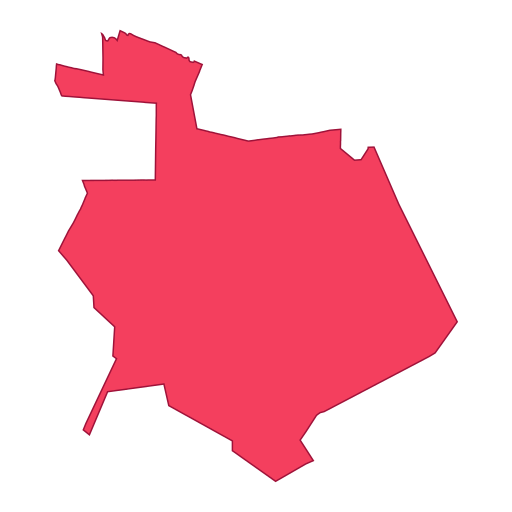 the district of San José del Progreso, Oaxaca, Mexico
{"feature_id": "50627088B45737045838114", "entity_name": "San José del Progreso", "entity_type": "district", "adm_level": 2, "iso_a3": "MEX", "parent_name": "Mexico", "parent_adm1": "Oaxaca", "projection": "natural_earth1", "projection_center": [-96.692, 16.675], "detail": "fine", "context": "isolated", "style": "filled", "palette": "rose", "viewbox_px": 512, "rotation_deg": 0, "n_neighbors": 0, "source": "geoboundaries", "source_scale": "gbopen_adm2", "svg_char_len": 4331}
<svg xmlns="http://www.w3.org/2000/svg" viewBox="0 0 512 512"><path d="M62.1,96.0L62.8,96.0L63.3,96.0L63.8,96.1L64.1,96.1L64.7,96.2L66.1,96.3L68.1,96.4L69.5,96.5L70.7,96.6L74.2,96.9L80.2,97.3L82.0,97.5L84.1,97.7L87.1,97.9L121.2,100.5L142.7,102.1L143.9,102.2L145.0,102.4L156.4,103.2L156.3,104.8L156.3,105.1L156.3,115.9L156.2,118.4L155.9,138.6L155.7,148.8L155.3,180.0L147.8,180.0L147.1,180.1L142.4,180.0L133.9,180.2L121.7,180.2L120.0,180.2L117.9,180.2L116.3,180.3L114.3,180.3L113.8,180.3L112.0,180.2L110.7,180.3L104.1,180.4L96.4,180.4L84.1,180.5L83.8,180.5L82.5,180.5L84.0,184.3L84.6,186.5L85.6,188.7L86.0,189.7L87.1,192.3L87.4,193.3L85.1,198.2L85.1,198.4L82.0,205.9L81.8,206.0L81.4,207.1L81.2,207.3L80.8,208.4L80.5,209.2L79.9,210.1L79.6,210.6L77.6,214.4L77.2,215.1L76.9,215.8L75.0,219.7L74.4,220.9L73.6,222.4L73.1,223.4L72.7,224.0L68.6,230.8L68.3,231.3L68.0,232.0L65.5,237.0L65.1,237.7L58.6,250.7L66.8,260.2L93.3,295.8L94.0,307.6L114.7,326.8L112.9,356.0L116.5,358.7L85.9,423.5L83.3,429.9L89.4,434.8L107.6,391.7L163.9,384.0L168.8,405.6L169.3,405.9L232.4,440.9L232.4,450.7L242.0,457.5L275.6,481.3L305.8,463.9L306.5,463.6L313.3,460.6L300.1,440.1L305.9,431.7L316.5,415.3L318.2,414.0L320.2,412.6L324.1,411.6L429.3,356.4L435.1,352.9L457.2,321.8L398.8,204.3L374.0,147.1L368.2,147.3L368.1,148.8L361.1,159.7L354.5,160.2L340.4,148.5L340.4,146.4L340.5,144.1L340.5,142.7L340.5,141.2L340.6,140.8L340.7,134.6L340.7,133.7L340.8,130.1L340.8,129.3L329.7,130.3L323.6,131.7L322.5,131.9L322.2,132.0L321.4,132.1L319.3,132.6L319.0,132.7L316.3,133.2L312.1,134.0L309.5,134.2L306.1,134.6L304.8,134.7L304.3,134.8L302.7,135.0L301.7,135.0L297.9,135.1L294.8,135.4L294.5,135.5L290.1,136.0L289.6,135.9L287.5,136.2L282.7,136.7L282.4,136.8L278.1,137.0L277.4,137.4L273.4,138.0L271.7,138.2L269.3,138.4L266.5,138.8L263.6,139.1L258.2,139.8L257.7,139.8L254.9,140.3L248.5,141.1L247.0,140.8L245.5,140.4L237.9,138.6L236.1,138.1L234.8,137.7L231.3,136.9L228.4,136.3L225.5,135.5L223.5,135.0L221.8,134.7L219.9,134.3L219.4,134.1L218.2,133.9L217.5,133.7L216.2,133.4L215.6,133.3L213.9,132.8L213.5,132.7L211.8,132.3L211.1,132.2L210.8,132.2L209.5,131.9L208.6,131.6L208.2,131.4L205.3,130.8L204.8,130.6L201.4,129.8L198.0,129.0L196.9,128.8L190.5,94.7L192.1,90.7L194.1,84.9L194.1,84.7L195.2,81.4L195.9,79.8L199.3,72.0L199.6,71.2L199.8,70.3L200.1,69.8L200.3,69.3L200.4,69.0L202.2,64.5L201.0,64.0L200.9,64.0L200.2,63.7L199.1,63.2L198.7,63.0L198.2,62.8L194.5,61.2L194.3,61.1L194.2,61.4L194.0,61.9L193.4,62.3L193.0,62.4L192.7,62.3L192.2,62.1L191.8,62.1L190.5,61.8L189.8,61.5L189.2,60.5L189.0,60.1L189.0,59.6L189.0,58.9L188.8,58.1L188.6,57.5L188.3,57.2L187.8,57.2L187.5,57.3L187.3,57.5L187.0,57.9L186.8,58.1L186.5,58.2L186.1,58.1L185.7,58.0L185.4,57.8L184.9,57.8L184.3,57.7L183.6,57.5L183.0,57.1L182.5,56.7L182.0,56.1L181.7,55.6L181.6,55.3L181.4,55.1L181.1,54.9L180.6,54.7L180.3,54.6L179.9,54.6L179.4,54.6L179.0,54.5L178.3,54.3L177.9,54.1L177.4,53.9L177.0,53.6L176.6,53.2L176.3,52.9L176.2,52.8L176.1,52.6L175.7,52.3L174.5,51.8L164.0,46.9L163.2,46.6L161.5,45.8L160.7,45.4L159.9,45.1L159.4,44.8L158.8,44.5L158.1,44.2L157.0,43.7L156.1,43.3L155.5,43.0L155.1,42.8L149.9,41.9L149.1,41.6L148.7,41.4L148.3,41.3L147.9,41.2L147.5,41.0L146.9,40.8L146.5,40.6L145.7,40.3L145.4,40.2L143.9,39.6L143.5,39.5L143.2,39.3L142.7,39.2L142.4,39.0L141.9,38.9L141.1,38.6L140.5,38.3L140.1,38.2L139.6,38.0L138.5,37.6L137.1,37.0L136.4,36.8L136.0,36.6L135.8,36.5L135.2,36.2L134.7,36.0L133.8,35.6L133.7,35.5L132.9,35.1L132.5,34.8L131.7,34.4L131.1,34.0L130.8,33.8L130.4,33.7L129.3,33.5L128.4,34.2L127.9,35.4L127.2,35.3L126.7,34.9L126.3,34.3L125.9,33.8L125.5,33.4L124.5,32.8L123.5,32.3L121.2,31.2L120.1,30.7L117.2,40.5L115.8,38.8L114.3,37.8L112.6,37.4L112.1,37.3L110.3,37.6L109.8,37.8L109.2,38.5L107.8,40.9L107.3,40.9L106.7,40.8L106.0,40.6L105.6,40.3L105.4,40.0L104.5,37.5L103.7,36.3L103.1,35.1L102.0,33.9L101.7,33.7L102.6,36.9L102.7,39.8L103.0,57.5L103.0,60.1L102.9,69.6L103.4,75.0L96.5,73.4L90.6,72.0L88.9,71.5L81.0,69.7L75.8,68.6L75.7,68.7L75.3,68.7L72.9,68.2L71.4,67.7L70.2,67.5L68.8,67.2L67.6,66.9L66.6,66.6L64.7,66.2L63.3,65.8L61.2,65.2L60.0,64.8L58.5,64.6L57.7,64.4L57.1,64.3L57.0,64.1L56.9,64.1L56.6,64.0L56.4,65.7L56.2,68.7L55.8,72.8L55.6,74.8L55.4,77.2L55.1,79.6L54.8,80.7L56.1,83.7L57.7,86.1L58.6,88.1L59.5,90.3L60.4,92.4L61.0,94.2L61.5,95.4L62.1,96.0Z" fill="#f43f5e" stroke="#9f1239" stroke-width="1.5"/></svg>